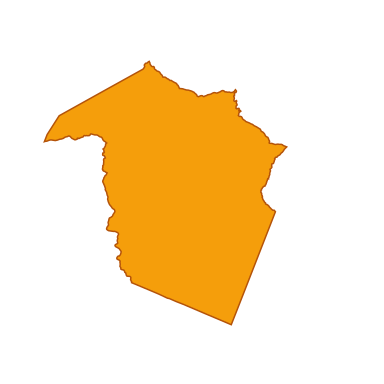 Rondon do Pará, Pará, Brazil (Albers equal-area conic projection), rotated 61°
{"feature_id": "56859067B15307403592374", "entity_name": "Rondon do Pará", "entity_type": "district", "adm_level": 2, "iso_a3": "BRA", "parent_name": "Brazil", "parent_adm1": "Pará", "projection": "albers", "projection_center": [-48.579, -4.482], "detail": "fine", "context": "isolated", "style": "filled", "palette": "amber", "viewbox_px": 384, "rotation_deg": 61, "n_neighbors": 0, "source": "geoboundaries", "source_scale": "gbopen_adm2", "svg_char_len": 6014}
<svg xmlns="http://www.w3.org/2000/svg" viewBox="0 0 384 384"><g transform="rotate(61 192 192)"><path d="M242.0,288.8L260.5,274.2L265.0,270.7L265.8,270.1L272.9,265.0L274.3,263.4L280.2,258.9L285.5,254.5L305.5,238.9L327.1,222.0L320.0,213.4L305.7,196.1L249.7,128.6L248.9,128.8L248.0,128.8L247.5,129.4L247.2,130.1L246.6,130.4L244.9,131.0L244.1,131.1L243.4,131.4L242.5,131.6L241.8,131.5L241.1,131.8L240.4,131.9L239.8,132.3L239.2,132.5L238.8,133.1L238.0,133.4L237.3,133.0L236.5,133.3L235.8,133.5L235.2,133.4L232.6,133.6L231.1,133.1L230.5,133.2L230.0,132.5L229.3,132.4L228.5,132.5L227.1,131.8L226.4,131.7L225.9,132.0L225.3,131.8L224.7,131.2L224.0,130.9L223.9,130.2L223.2,129.9L223.0,129.1L222.2,127.9L222.1,127.1L221.9,126.2L222.2,125.3L221.6,124.9L221.5,124.2L220.6,123.0L220.0,122.5L219.6,121.9L219.0,121.6L218.7,120.9L217.1,119.3L217.6,118.7L217.0,118.4L216.6,117.8L216.1,117.3L215.5,116.9L214.6,115.7L214.0,115.2L213.2,115.0L212.8,114.4L212.3,114.0L211.8,113.3L211.0,112.9L210.3,113.0L209.8,112.5L209.6,111.2L209.2,110.3L208.7,109.9L207.9,109.9L207.5,109.4L206.9,109.1L206.3,108.7L206.1,108.1L206.5,107.5L206.4,106.8L205.0,105.2L204.4,104.7L203.5,103.5L202.8,103.5L202.6,102.8L202.2,102.1L202.7,100.8L202.1,99.4L202.1,97.2L201.7,96.2L201.3,95.4L201.1,94.6L201.1,93.9L200.2,91.8L199.4,90.6L199.2,89.7L198.9,89.0L198.8,88.3L198.5,87.3L197.2,88.3L196.3,89.1L195.4,89.7L194.4,90.1L193.6,90.8L193.1,91.7L192.6,92.6L192.1,93.2L191.6,94.0L190.9,96.0L190.2,96.8L188.2,98.6L187.5,99.8L186.8,100.7L186.0,100.4L185.2,99.5L183.4,99.5L182.1,99.2L181.0,99.2L179.5,100.2L178.5,100.5L176.1,100.4L174.6,100.8L173.7,101.1L173.2,101.6L172.2,102.0L170.2,101.8L166.1,104.1L164.2,105.5L162.2,106.3L161.1,107.3L159.2,108.5L157.4,110.0L156.6,110.7L154.9,111.2L153.8,111.9L152.5,112.3L151.0,112.1L150.1,112.3L149.3,113.0L148.9,113.9L147.6,114.4L146.6,113.3L145.9,113.0L145.2,111.9L145.1,110.2L144.2,110.1L143.6,111.6L142.3,110.4L141.5,110.5L140.8,112.7L140.1,112.9L139.3,112.4L138.7,112.1L138.1,111.6L137.8,110.4L137.0,110.1L135.8,110.2L134.6,109.5L134.2,108.8L133.5,108.9L133.6,110.0L133.4,110.7L132.7,111.1L131.9,110.9L131.5,110.4L130.7,109.6L129.8,109.3L128.9,109.3L128.2,108.8L128.4,108.2L127.3,107.5L126.4,107.3L125.9,106.7L126.3,105.6L126.0,104.9L125.3,104.2L124.5,104.3L123.6,104.4L124.0,105.5L124.5,106.3L124.5,108.4L123.8,109.9L122.7,110.9L122.3,111.8L121.7,112.9L121.2,113.3L120.4,114.6L119.2,115.0L118.6,115.4L118.1,116.1L117.9,116.9L118.0,119.0L117.6,122.2L117.0,123.0L116.4,123.6L115.8,124.4L115.6,125.2L115.5,126.0L115.5,128.0L115.2,129.3L114.6,131.0L114.6,132.2L114.6,133.1L114.3,134.0L114.4,135.2L114.0,135.8L113.3,136.0L112.7,136.4L112.2,137.2L112.0,137.9L111.8,140.1L111.3,140.6L110.6,141.0L109.0,140.8L107.0,141.6L106.3,141.8L105.5,142.0L105.0,142.5L104.0,143.1L102.8,144.1L102.4,144.6L101.3,145.6L100.6,146.6L100.0,147.5L99.0,148.4L98.6,148.9L97.3,150.0L96.0,151.8L95.4,152.8L93.6,152.6L92.0,152.5L90.9,153.0L89.6,152.9L88.1,153.9L86.6,154.9L84.2,156.2L83.8,157.2L81.8,157.9L81.1,158.6L78.8,159.6L78.2,160.3L77.5,161.7L75.7,161.6L74.8,161.7L73.8,162.1L71.7,162.2L70.5,162.7L70.0,163.2L69.5,163.8L67.6,164.5L66.6,165.0L65.8,165.1L64.7,164.5L63.7,164.7L63.1,165.9L62.5,166.4L61.0,166.6L60.3,166.7L59.6,166.6L58.7,166.2L57.8,166.2L57.0,166.1L57.0,167.3L57.3,168.1L57.4,168.9L56.9,170.3L57.8,172.2L59.4,172.6L59.8,173.2L60.6,174.7L60.8,175.6L60.8,196.2L60.8,215.0L60.9,271.2L71.5,290.8L76.4,296.7L76.6,295.7L77.2,294.2L77.5,291.8L77.7,291.0L78.2,289.9L80.7,286.7L81.0,285.8L81.4,284.4L81.6,282.8L81.8,281.9L82.4,280.4L82.5,279.6L82.7,278.8L82.6,277.2L82.5,276.4L82.7,275.4L83.1,274.5L83.2,272.7L83.9,271.9L84.6,271.6L87.0,271.0L87.6,270.5L89.0,269.6L89.6,269.1L89.9,268.3L90.1,266.8L89.5,266.3L89.6,265.6L90.3,265.2L90.5,264.5L90.5,263.0L91.0,260.6L90.7,259.8L90.3,259.2L90.6,258.5L91.2,257.9L91.4,257.1L92.3,255.8L92.9,254.3L92.7,253.4L92.2,252.9L92.2,252.2L95.1,249.2L95.5,248.3L96.1,247.5L96.7,247.0L97.4,246.6L98.2,246.3L98.9,245.9L99.5,245.4L99.9,244.8L100.7,244.5L101.6,244.4L103.3,244.6L104.1,244.4L104.9,244.2L106.3,243.3L107.1,243.3L107.8,242.9L108.2,244.4L108.9,244.7L110.2,245.9L110.4,246.7L111.0,247.4L111.3,248.1L111.3,249.0L112.3,248.8L113.2,249.0L113.8,249.4L114.6,249.3L115.0,249.9L114.7,251.1L115.7,251.9L116.5,252.2L117.2,251.8L117.7,251.2L118.5,251.1L120.2,251.3L120.2,252.9L120.6,253.4L121.1,253.9L121.8,254.0L123.2,254.8L123.8,255.3L125.4,256.2L125.6,257.1L126.2,257.6L126.9,257.7L127.4,258.3L128.0,258.8L128.6,259.3L129.4,259.1L130.0,259.5L130.7,259.2L131.3,258.8L131.9,258.2L133.3,257.6L134.0,257.0L134.6,257.6L135.5,259.0L135.5,259.9L135.9,260.6L136.4,261.2L136.8,262.1L138.0,263.2L138.4,263.9L139.0,264.6L139.6,265.0L140.6,265.2L141.5,265.2L142.8,265.4L143.6,265.4L145.2,265.7L146.7,265.9L148.0,266.8L150.7,266.8L153.6,267.7L155.4,267.8L156.1,268.2L156.7,268.8L157.4,269.3L159.2,269.7L159.9,270.0L160.8,270.0L162.3,270.2L163.2,270.2L165.7,269.7L167.3,269.6L168.2,269.3L169.6,268.5L170.4,268.5L171.2,268.7L171.9,269.0L172.7,270.5L173.1,271.1L173.3,271.8L174.3,272.9L174.6,273.6L174.8,275.0L174.8,275.7L174.7,276.3L174.8,277.0L175.6,277.9L176.6,278.7L177.6,279.8L178.2,280.3L179.1,280.5L180.5,281.1L181.3,282.8L181.6,283.4L182.8,284.6L183.5,284.7L184.1,284.4L184.8,284.1L185.4,283.7L188.4,279.8L188.8,278.9L189.9,277.8L191.6,276.7L192.3,276.5L193.1,276.6L193.6,277.0L194.0,277.7L195.0,278.9L195.6,279.2L196.2,279.4L196.9,279.5L197.4,280.2L197.9,280.7L198.6,281.1L200.3,281.6L200.9,282.0L200.9,284.5L201.3,285.2L202.1,285.4L202.9,285.2L204.6,284.1L206.1,283.2L207.7,283.0L209.6,282.8L210.5,283.4L211.1,283.9L212.1,285.1L212.7,286.4L212.4,287.2L212.3,287.8L212.5,288.6L213.3,289.8L214.1,290.1L215.0,289.7L215.6,289.1L216.2,288.8L217.1,288.4L217.8,288.5L218.3,289.0L220.2,289.7L222.2,291.1L223.6,291.0L225.0,291.6L225.7,291.2L226.6,290.2L227.3,289.5L228.4,289.4L229.2,289.6L229.8,289.7L230.4,289.2L233.1,289.8L234.0,289.7L234.5,289.1L235.4,287.7L235.8,287.2L236.4,286.9L237.3,287.0L239.0,288.3L239.7,288.2L240.5,288.4L241.3,288.3L242.0,288.8Z" fill="#f59e0b" stroke="#b45309" stroke-width="1.5"/></g></svg>